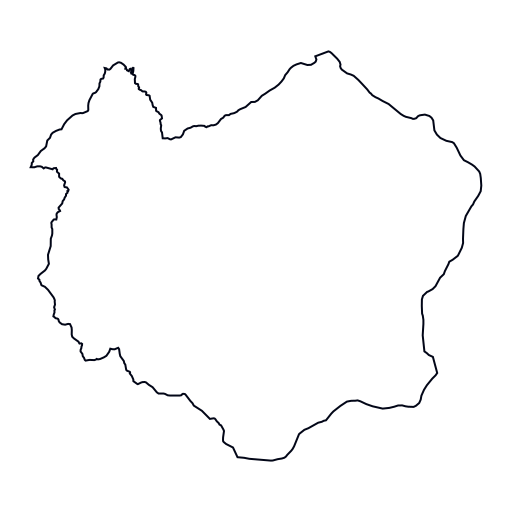 outline of La Cruz, Nariño, Colombia
{"feature_id": "7082276B65589798073625", "entity_name": "La Cruz", "entity_type": "district", "adm_level": 2, "iso_a3": "COL", "parent_name": "Colombia", "parent_adm1": "Nariño", "projection": "orthographic", "projection_center": [-76.964, 1.581], "detail": "fine", "context": "isolated", "style": "outline", "palette": "ink", "viewbox_px": 512, "rotation_deg": 0, "n_neighbors": 0, "source": "geoboundaries", "source_scale": "gbopen_adm2", "svg_char_len": 5859}
<svg xmlns="http://www.w3.org/2000/svg" viewBox="0 0 512 512"><path d="M315.3,56.3L316.4,59.5L315.7,61.6L314.4,62.8L311.0,64.8L307.4,65.0L300.9,63.0L296.5,64.4L293.5,65.8L290.9,67.8L289.6,69.2L287.6,72.3L285.2,75.1L283.8,78.4L281.5,81.5L278.6,84.6L274.7,87.7L269.7,90.5L265.2,93.7L261.8,95.8L257.8,100.3L254.9,101.9L251.2,102.0L245.6,107.0L240.2,109.2L238.3,110.3L237.3,111.5L235.5,112.5L233.9,113.2L230.6,113.9L229.0,115.1L226.1,115.1L224.7,115.7L223.2,117.7L221.0,119.0L217.9,123.1L215.9,124.6L213.4,125.3L211.2,125.2L208.4,126.4L207.5,126.4L206.6,127.2L205.3,126.8L204.5,125.9L201.1,125.6L198.4,125.7L196.2,126.2L194.2,126.0L192.8,126.4L190.6,127.7L187.6,128.5L184.2,130.8L182.9,134.4L180.8,137.1L179.2,137.6L175.5,137.3L171.1,139.4L170.1,139.3L167.6,138.1L165.2,138.4L162.7,138.3L162.0,132.4L161.2,131.3L160.9,130.1L160.8,128.4L161.2,125.2L160.7,124.4L160.5,122.5L159.9,120.7L160.0,120.0L162.0,118.4L161.6,115.6L161.3,115.1L159.4,113.7L158.5,112.2L156.4,111.1L156.1,110.7L156.0,107.9L153.3,106.9L152.7,105.3L152.2,102.7L150.2,99.7L149.6,95.8L148.9,95.3L146.5,95.0L146.1,94.5L146.3,92.5L145.8,91.8L144.8,91.5L142.5,91.4L140.8,90.0L140.1,89.9L138.8,89.1L138.7,88.8L139.1,87.3L138.3,86.4L138.1,84.3L137.6,84.0L135.9,83.8L135.0,83.1L134.8,79.1L135.4,76.7L135.3,75.7L134.6,75.1L133.2,74.8L132.6,74.0L133.3,71.0L133.5,68.0L133.0,67.8L132.3,68.3L132.2,72.4L131.8,73.5L131.4,73.6L131.0,72.8L131.4,70.2L130.3,68.8L129.7,69.1L128.8,71.2L127.0,70.3L126.9,69.7L126.1,69.0L126.0,68.1L125.4,68.3L125.7,66.8L123.6,64.6L121.0,62.8L119.1,62.3L117.9,62.5L113.1,65.4L110.4,68.9L109.4,69.6L107.5,69.5L106.5,68.4L104.7,68.0L105.3,69.7L105.2,71.8L104.8,73.5L103.7,75.4L103.6,77.5L103.1,78.5L101.2,78.9L100.5,79.5L100.3,81.7L99.5,83.4L99.4,86.3L98.3,89.1L96.0,92.2L94.9,92.9L93.3,93.4L92.7,93.9L89.4,100.2L88.5,103.0L88.2,105.6L88.3,110.0L87.7,111.1L83.2,113.0L82.2,113.2L80.5,113.0L75.4,114.0L72.5,115.5L67.1,120.3L64.2,124.1L61.5,129.3L59.6,129.5L56.0,130.9L52.8,132.7L52.1,133.4L51.1,134.6L50.0,137.8L47.3,140.5L46.1,146.4L44.6,148.2L40.8,151.0L37.8,155.1L34.6,157.5L33.7,158.6L33.1,159.8L33.3,161.3L31.8,163.0L31.7,164.9L30.7,167.2L34.2,167.3L37.4,166.3L40.0,166.3L41.8,166.8L43.7,168.4L45.0,167.5L45.8,167.4L52.6,169.3L53.0,168.7L53.8,168.2L56.0,168.0L56.1,168.7L57.1,169.7L56.9,171.2L57.1,171.9L59.1,173.6L59.1,176.5L59.4,177.2L61.3,178.7L62.3,178.8L63.3,180.3L65.0,181.4L65.1,182.4L64.1,185.3L64.5,186.9L64.8,187.1L66.9,187.4L68.6,189.7L68.2,191.0L67.4,191.1L67.5,192.7L66.0,194.1L66.0,195.7L64.7,197.6L64.1,199.4L62.7,201.1L62.2,203.5L58.6,207.6L58.7,208.9L59.9,210.4L60.1,211.0L57.8,212.2L56.7,213.6L56.5,214.9L56.8,217.1L56.3,219.5L54.1,219.4L53.7,219.6L51.7,222.0L51.3,222.9L51.6,224.6L51.6,227.4L52.3,229.1L52.3,233.5L52.0,235.4L50.8,238.7L50.7,246.1L48.0,254.8L48.2,259.5L48.9,263.8L46.2,268.9L44.9,270.5L40.4,274.0L38.5,275.9L38.0,278.5L39.4,279.7L39.4,280.8L40.6,282.6L41.3,284.9L41.6,285.3L44.9,286.8L48.0,289.8L53.6,297.4L54.5,299.4L54.8,300.3L54.7,301.7L55.0,304.6L54.1,307.2L54.9,309.6L54.4,310.5L54.5,312.4L53.7,314.7L53.4,316.4L54.1,316.8L55.6,318.2L57.4,318.6L58.1,319.0L58.5,319.7L58.7,320.9L59.6,322.4L62.0,324.2L65.1,324.7L68.1,323.9L70.0,324.1L71.6,327.6L71.8,330.2L71.7,334.5L72.2,336.7L73.9,338.4L78.5,341.7L79.4,343.5L79.6,343.6L81.2,343.3L82.1,343.9L82.0,345.4L81.5,346.5L81.3,348.2L80.6,349.9L80.6,351.5L82.4,353.9L82.8,356.2L84.0,357.8L84.8,359.9L85.6,360.6L89.5,359.9L94.3,360.1L95.9,359.6L96.7,358.9L97.9,359.4L100.1,359.0L103.8,357.4L106.4,355.8L109.2,351.8L110.3,348.7L112.4,349.2L114.6,349.3L118.2,347.8L119.1,349.1L119.7,353.6L120.3,356.2L123.8,361.0L124.3,363.2L125.3,364.6L126.2,369.8L127.0,370.7L129.8,371.8L130.1,372.6L129.8,373.5L131.8,376.0L132.5,377.6L133.3,379.4L133.4,381.2L137.5,384.1L138.0,384.1L141.2,382.5L142.6,382.1L144.7,382.0L146.0,382.4L148.8,384.8L152.6,387.2L156.8,392.3L158.5,393.5L163.4,393.5L165.0,393.9L167.7,395.3L169.6,395.5L180.0,395.5L181.4,395.2L182.2,394.2L183.0,393.8L184.8,394.0L185.6,394.7L190.4,401.0L192.5,403.2L193.8,405.6L201.9,410.8L209.9,418.9L213.6,418.3L214.6,418.5L215.3,419.1L216.8,421.3L218.7,423.1L219.5,424.6L221.1,425.4L223.4,429.5L224.0,431.0L223.1,437.3L223.0,440.0L223.2,441.4L223.8,442.1L226.1,444.0L233.0,447.5L237.5,457.2L244.1,457.8L249.3,458.8L270.9,460.6L272.8,460.5L277.6,459.2L281.9,458.5L284.4,457.7L285.9,456.6L287.4,454.7L291.2,450.8L292.6,449.0L294.1,446.3L299.0,434.2L299.6,433.6L304.4,429.8L308.4,428.2L318.2,422.7L321.8,421.8L323.7,420.8L326.0,420.3L331.3,413.6L333.4,411.4L340.4,405.9L346.9,401.6L351.2,400.8L355.4,400.7L357.6,400.4L360.4,401.3L366.3,404.1L372.6,406.3L382.7,408.6L389.3,407.9L394.3,406.7L398.0,405.5L402.2,405.4L405.5,406.3L408.2,406.7L413.6,406.9L415.9,405.8L419.2,403.0L420.7,399.6L421.4,395.7L424.0,389.8L426.9,385.2L432.3,378.6L435.6,375.3L437.2,373.0L432.9,356.9L428.8,355.0L426.8,353.1L424.4,351.4L422.7,335.3L423.4,324.0L423.4,319.9L422.8,315.7L422.1,313.6L421.8,305.9L421.9,299.4L423.0,295.8L427.1,291.9L428.3,291.5L432.6,289.1L435.5,286.2L440.1,277.7L443.8,274.2L444.9,271.1L448.4,264.2L449.3,261.7L452.6,259.8L457.8,255.8L458.4,254.7L461.8,247.8L463.1,243.0L463.0,238.8L463.4,229.0L463.9,223.0L465.8,216.0L471.4,206.3L473.0,204.5L474.3,201.5L478.2,195.9L480.7,191.2L481.3,185.6L480.8,178.1L480.2,173.9L479.2,171.5L474.6,166.5L472.0,164.6L467.9,162.2L463.9,160.2L460.4,155.5L456.7,147.7L453.9,143.2L452.2,142.1L446.3,140.8L440.4,138.0L436.9,134.6L434.4,130.4L433.2,120.4L431.5,117.7L429.4,116.0L424.9,114.6L421.2,115.1L419.6,115.4L418.0,116.2L416.2,118.2L414.3,118.8L413.0,118.9L411.2,118.1L405.8,116.8L403.6,115.8L400.7,114.0L388.6,104.0L382.6,101.0L378.4,98.5L375.5,97.2L372.3,95.2L370.8,93.4L369.7,92.7L367.2,89.4L362.1,83.9L358.3,79.9L355.5,77.4L353.7,75.8L350.8,74.5L347.1,73.4L341.8,69.6L340.7,68.1L340.1,66.2L340.5,64.6L339.7,61.9L337.2,58.7L331.4,53.0L329.9,51.9L328.4,51.4L315.3,56.3Z" fill="none" stroke="#020617" stroke-width="2"/></svg>